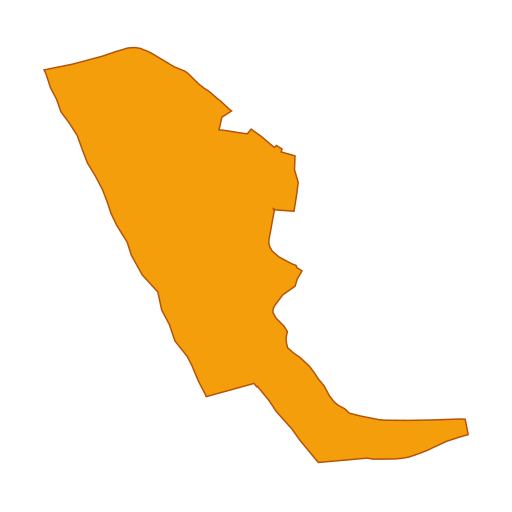 outline of Guediawaye, Dakar, Senegal, rotated 272°
{"feature_id": "50182788B55211093773925", "entity_name": "Guediawaye", "entity_type": "district", "adm_level": 2, "iso_a3": "SEN", "parent_name": "Senegal", "parent_adm1": "Dakar", "projection": "equal_earth", "projection_center": [-17.396, 14.772], "detail": "fine", "context": "isolated", "style": "filled", "palette": "amber", "viewbox_px": 512, "rotation_deg": 272, "n_neighbors": 0, "source": "geoboundaries", "source_scale": "gbopen_adm2", "svg_char_len": 1988}
<svg xmlns="http://www.w3.org/2000/svg" viewBox="0 0 512 512"><g transform="rotate(272 256 256)"><path d="M84.9,474.3L96.6,471.6L100.2,470.7L100.2,465.3L98.2,436.6L97.0,413.3L96.4,391.0L96.7,384.7L99.8,365.5L102.2,354.7L106.4,350.0L109.7,343.3L113.1,339.0L118.8,334.3L128.4,328.7L135.7,322.2L140.6,318.9L147.6,313.3L156.0,303.7L160.5,296.7L165.4,290.8L169.6,289.6L174.1,288.9L178.5,289.4L181.5,290.0L186.8,286.5L194.8,278.0L200.2,274.9L203.1,274.8L206.7,276.2L218.0,284.0L227.2,296.1L234.4,298.0L242.7,302.5L242.8,302.4L243.7,300.8L245.3,298.1L245.8,297.1L247.1,296.7L247.7,296.7L247.8,296.5L247.9,296.3L248.2,295.8L249.5,291.9L255.9,278.9L261.4,272.1L265.7,269.4L269.2,268.4L272.9,268.4L282.8,269.9L293.6,271.4L301.6,272.7L303.8,271.7L302.7,274.4L302.1,292.4L318.8,294.5L331.0,295.6L343.4,291.5L357.4,291.5L360.9,277.5L363.8,278.3L367.2,272.6L365.1,270.5L375.7,257.1L382.6,246.7L377.8,243.0L378.6,235.0L380.4,220.8L380.8,214.6L381.0,214.6L385.0,215.5L393.5,217.0L400.1,226.5L400.2,226.3L401.8,224.1L409.8,215.0L411.3,212.8L419.8,202.1L421.4,198.9L426.1,192.5L435.9,181.9L438.3,178.4L442.2,167.6L454.4,145.6L455.4,143.6L457.2,139.7L458.2,136.3L459.4,133.3L460.1,128.2L459.9,125.1L459.6,122.0L459.2,119.8L457.8,116.1L455.4,108.7L450.4,95.7L441.3,65.8L434.6,37.7L432.9,38.6L431.1,39.6L417.1,44.7L405.5,51.3L393.3,56.0L382.8,64.4L370.4,73.0L354.8,79.3L343.1,84.3L330.7,92.4L328.8,93.5L328.5,93.7L317.1,100.2L305.2,105.3L293.5,109.6L282.2,115.5L270.0,123.6L268.9,124.4L265.5,126.7L252.4,131.4L233.1,143.0L218.6,157.2L217.1,158.8L216.8,159.1L198.8,163.6L184.7,171.7L168.2,178.0L153.3,190.7L144.4,195.7L129.2,202.7L115.3,210.5L113.7,211.1L128.6,258.5L125.3,261.2L125.6,262.1L111.7,274.3L101.5,281.5L84.4,297.9L73.2,306.5L52.1,325.2L52.1,325.3L51.9,326.1L57.9,374.1L58.0,374.4L57.9,374.5L57.1,379.5L57.5,391.1L58.1,402.7L58.8,408.1L60.3,415.6L62.4,421.2L65.0,427.6L67.3,433.0L71.6,441.4L77.2,452.3L81.6,464.2L84.9,474.3L84.9,474.3Z" fill="#f59e0b" stroke="#b45309" stroke-width="1.5"/></g></svg>